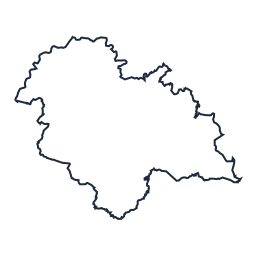 outline of Unión de Tula, Jalisco, Mexico, rotated 90°
{"feature_id": "50627088B89415204754484", "entity_name": "Unión de Tula", "entity_type": "district", "adm_level": 2, "iso_a3": "MEX", "parent_name": "Mexico", "parent_adm1": "Jalisco", "projection": "albers", "projection_center": [-104.245, 20.004], "detail": "fine", "context": "isolated", "style": "outline", "palette": "slate", "viewbox_px": 256, "rotation_deg": 90, "n_neighbors": 0, "source": "geoboundaries", "source_scale": "gbopen_adm2", "svg_char_len": 5794}
<svg xmlns="http://www.w3.org/2000/svg" viewBox="0 0 256 256"><g transform="rotate(90 128 128)"><path d="M99.8,240.6L101.0,239.7L101.6,238.8L100.9,238.8L101.2,237.2L102.7,231.4L103.0,228.8L103.6,228.8L103.5,227.2L104.1,226.5L104.1,225.6L102.0,225.0L99.1,222.5L100.0,220.8L97.9,216.7L98.4,215.2L99.8,213.8L100.1,213.7L100.7,214.4L101.4,214.3L102.1,213.4L104.0,212.9L104.6,212.0L105.3,212.5L106.2,212.0L108.2,213.7L110.6,213.2L114.0,213.4L114.0,212.4L114.4,212.4L117.1,216.0L120.8,218.6L123.0,217.0L123.0,215.7L123.5,215.6L122.0,214.6L123.9,211.9L124.1,210.0L123.7,208.8L124.1,207.4L124.7,207.4L126.7,208.1L130.7,212.4L132.8,212.7L135.3,213.9L136.5,213.5L138.7,214.1L141.8,217.9L142.1,217.2L142.6,217.1L144.0,218.7L146.3,217.9L147.4,218.1L148.0,217.8L149.3,215.8L151.6,215.4L152.5,216.0L153.3,216.1L154.6,215.6L155.0,215.0L154.6,213.9L154.8,213.1L156.3,212.4L157.2,209.6L157.8,209.3L159.8,203.2L159.6,202.2L160.5,200.4L162.8,193.6L163.5,186.5L164.2,186.1L168.2,188.4L171.1,186.3L178.1,184.3L178.2,183.3L179.0,182.7L179.9,180.7L180.1,177.5L181.5,177.6L182.9,177.1L184.3,175.9L184.2,170.4L183.1,169.3L182.9,168.6L184.4,165.7L185.2,164.3L187.4,162.2L187.6,161.6L188.4,162.3L189.5,161.7L192.0,159.0L193.1,159.4L193.6,159.1L196.9,160.3L197.2,159.5L198.2,159.5L198.6,160.1L199.2,160.0L202.5,162.5L204.0,162.6L204.2,161.8L206.4,160.9L206.5,160.4L207.3,161.5L207.9,160.9L208.6,160.7L208.1,159.1L208.5,158.3L208.6,156.3L208.0,154.3L208.7,153.7L209.0,151.7L209.6,151.3L209.3,149.4L210.1,148.7L210.9,149.2L210.9,148.3L211.8,148.3L212.4,147.9L212.2,147.1L212.6,146.5L212.5,145.3L213.4,145.9L214.4,145.8L215.3,144.9L215.2,144.1L216.0,144.6L216.0,142.7L217.6,142.3L217.0,140.5L218.3,138.9L218.4,138.0L218.9,137.8L218.8,134.8L217.2,134.4L217.8,133.5L216.4,132.0L214.3,131.7L214.1,131.2L213.9,131.3L212.8,130.4L211.7,126.6L210.4,125.9L209.8,124.7L210.1,122.9L209.7,122.0L207.9,119.2L206.7,119.6L204.0,118.2L201.7,118.4L200.6,118.0L200.2,117.2L200.1,115.7L198.9,113.7L198.6,112.1L197.3,112.3L196.5,111.3L194.9,111.0L194.5,110.8L195.0,110.2L193.2,109.2L192.7,109.2L192.4,109.6L191.5,109.4L190.8,108.0L193.4,107.7L188.8,107.4L188.6,107.1L187.0,107.2L186.2,107.4L185.9,108.6L185.3,109.0L183.5,108.9L179.5,107.3L179.7,111.3L178.7,111.4L178.7,111.1L178.1,111.1L178.0,109.6L177.1,109.7L176.7,108.3L177.5,108.4L177.8,107.8L177.5,107.3L175.9,107.3L175.9,106.9L174.3,106.5L174.4,106.2L173.4,105.1L173.6,104.5L172.8,105.3L171.5,104.7L170.7,105.2L169.3,102.6L168.6,102.1L169.7,101.5L170.0,101.0L169.8,100.1L170.5,99.4L169.6,97.2L169.8,95.9L170.9,94.4L171.3,89.8L180.7,79.5L180.5,77.1L178.3,74.8L177.7,73.6L177.4,71.9L177.5,70.4L178.1,69.4L177.8,67.8L176.2,66.0L176.3,65.4L175.1,63.5L174.6,63.5L175.2,61.8L175.7,61.9L175.7,61.2L174.7,61.0L175.0,60.2L174.0,60.3L173.0,58.0L176.4,57.1L177.4,53.9L177.8,54.0L178.6,53.0L180.0,52.2L180.4,51.4L179.9,51.2L180.0,48.2L179.3,46.5L178.7,46.2L178.7,42.4L179.1,39.4L178.6,38.0L178.6,37.1L179.0,36.7L177.5,33.5L180.1,25.5L182.2,22.1L182.3,18.3L181.5,18.6L180.9,17.2L181.0,16.6L178.8,15.4L179.2,16.2L179.1,16.7L177.1,20.9L176.5,20.8L176.9,21.3L176.6,21.5L173.6,22.2L170.2,23.7L163.7,21.9L160.0,21.7L158.0,23.3L161.2,23.8L161.4,28.9L160.7,29.9L154.7,33.5L153.0,36.3L151.7,37.4L150.4,40.1L149.5,40.4L147.9,39.9L146.2,40.2L145.1,41.3L140.2,41.3L134.7,33.0L134.2,34.4L133.5,35.1L130.5,36.2L128.1,36.2L126.2,36.9L123.4,39.6L122.6,41.5L122.0,42.0L119.3,42.9L116.8,42.0L113.9,41.9L113.6,42.2L113.4,43.3L115.3,45.2L115.2,49.6L114.3,55.2L113.1,57.0L116.1,58.9L116.6,59.9L117.7,60.4L117.5,61.0L117.1,60.6L116.6,61.0L114.9,59.8L114.2,60.3L112.1,59.1L111.4,59.9L108.8,59.1L107.8,59.7L107.3,59.4L107.7,57.8L106.6,59.5L104.6,58.4L106.2,56.8L105.5,56.6L103.1,58.2L101.7,58.0L101.6,59.1L101.9,59.4L100.9,61.2L101.4,61.6L100.6,62.5L95.5,63.7L94.5,64.8L92.6,65.1L91.4,64.5L88.6,68.9L88.8,70.3L88.2,70.5L88.7,71.1L88.6,71.6L90.8,71.8L91.1,72.5L91.0,73.3L89.3,75.1L89.5,76.8L93.1,78.2L94.1,80.0L94.2,81.9L90.5,84.8L87.9,83.9L84.5,83.7L84.0,84.0L84.3,84.7L83.1,85.4L83.8,86.3L84.4,86.5L83.8,87.0L84.4,88.4L84.6,90.2L85.6,90.7L85.9,91.5L83.7,93.1L82.0,93.4L82.2,94.1L81.5,95.7L81.6,96.7L80.3,96.4L79.4,95.4L79.1,95.8L78.3,95.8L77.8,95.2L77.9,94.9L77.2,94.7L76.9,93.7L75.0,91.9L75.0,91.1L74.0,90.4L72.3,90.4L70.6,87.3L70.8,85.7L70.3,85.1L69.6,86.1L68.8,86.5L68.8,87.7L66.7,88.6L66.2,89.2L64.9,92.2L64.1,92.1L63.6,92.5L64.1,92.9L65.9,93.1L67.0,94.1L66.5,96.5L66.9,97.1L70.8,99.9L71.0,100.5L70.5,101.2L72.1,102.4L72.6,103.5L72.5,104.0L72.9,104.6L72.2,104.8L73.3,106.3L74.2,106.5L76.5,108.6L76.6,109.4L76.2,109.9L74.8,109.4L73.8,109.8L73.7,111.1L74.5,112.0L76.4,112.4L77.6,112.0L77.7,111.5L80.2,111.3L78.7,112.9L77.8,115.4L79.1,117.5L77.8,119.0L78.5,121.3L77.2,124.2L79.4,131.0L77.1,135.4L76.6,135.7L75.3,134.5L74.6,134.5L72.2,135.6L69.2,135.3L68.8,135.6L68.4,137.3L68.0,137.8L66.2,137.4L66.0,135.4L63.9,131.8L63.8,130.7L63.1,129.7L61.8,129.4L60.9,130.0L60.4,130.8L60.3,132.7L60.6,135.1L60.4,137.7L60.9,140.5L59.0,141.1L55.6,139.1L51.6,139.7L51.4,140.1L52.0,142.1L49.2,144.9L48.5,143.6L46.7,142.9L45.9,143.3L45.2,144.2L45.0,145.1L45.4,146.2L46.2,147.1L45.7,149.9L43.7,150.2L40.2,149.2L38.5,149.4L37.9,150.0L37.4,155.3L38.4,157.6L38.6,159.3L41.4,162.1L41.6,162.8L40.5,164.1L40.2,165.5L39.2,166.4L38.4,167.9L38.1,171.7L37.6,173.8L37.8,174.8L39.5,176.0L39.7,176.6L39.8,179.8L37.5,181.3L37.5,183.1L37.1,183.5L39.4,184.8L40.3,185.8L47.0,190.5L47.9,192.8L47.4,194.2L47.8,198.2L46.1,201.9L46.6,203.5L48.2,204.5L52.1,205.3L52.8,206.7L52.9,207.8L52.3,210.3L52.6,211.8L54.5,215.7L56.0,216.8L59.6,216.1L63.3,218.2L63.4,218.5L62.5,221.3L64.1,222.8L68.6,219.6L69.5,223.3L69.4,224.1L70.0,225.5L71.7,226.4L74.4,225.6L77.2,225.9L77.8,226.5L78.6,229.1L79.4,229.8L82.2,230.9L84.1,231.1L86.9,230.6L87.5,231.4L88.5,235.0L89.2,236.2L92.4,237.8L96.6,239.0L97.7,240.0L99.8,240.6Z" fill="none" stroke="#1e293b" stroke-width="2"/></g></svg>